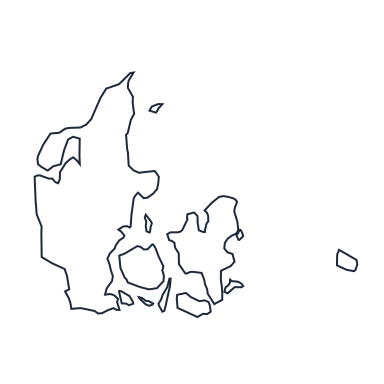 the border of Denmark, rotated 354°
{"feature_id": "DNK", "entity_name": "Denmark", "entity_type": "country or territory", "adm_level": 0, "iso_a3": "DNK", "parent_name": "Europe", "parent_adm1": "", "projection": "mercator", "projection_center": [10.731, 56.183], "detail": "fine", "context": "isolated", "style": "outline", "palette": "slate", "viewbox_px": 384, "rotation_deg": 354, "n_neighbors": 0, "source": "natural_earth", "source_scale": "50m", "svg_char_len": 3676}
<svg xmlns="http://www.w3.org/2000/svg" viewBox="0 0 384 384"><g transform="rotate(354 192 192)"><path d="M107.6,301.7L106.9,301.7L104.0,301.0L102.0,299.3L96.8,300.5L89.8,303.1L85.9,303.0L82.8,300.2L70.2,296.1L68.1,295.8L59.8,295.6L59.4,289.2L58.3,284.5L55.4,277.6L59.7,275.9L58.9,262.4L57.3,255.3L45.2,248.1L35.7,241.0L37.9,217.1L38.8,210.6L35.2,198.0L35.6,183.4L37.1,160.3L40.2,159.4L42.4,159.5L50.9,163.7L54.5,164.1L57.0,167.8L59.8,169.3L61.9,165.4L62.7,158.6L69.5,149.9L74.3,146.6L77.5,145.1L80.8,148.6L83.3,152.6L83.9,143.9L85.9,127.2L79.4,124.6L74.2,126.9L69.0,137.4L64.3,150.7L56.8,151.9L50.7,155.6L45.3,151.7L41.8,148.3L41.7,143.3L42.5,140.3L48.9,129.5L57.4,119.1L66.1,119.2L72.4,115.8L76.1,115.4L87.9,116.2L93.9,113.9L99.3,109.1L110.9,88.7L117.5,80.2L130.8,77.1L143.0,67.3L146.4,67.1L140.7,74.5L139.8,77.4L139.1,81.7L143.2,91.2L142.3,96.9L142.6,108.2L138.7,114.0L134.3,126.5L132.4,128.3L132.0,142.7L132.4,146.1L131.8,159.2L136.3,164.5L141.1,167.3L157.0,167.2L158.6,169.5L160.6,173.5L159.2,180.4L157.5,185.5L152.9,189.8L146.9,193.0L143.3,193.1L138.3,187.0L135.9,189.0L133.4,192.1L129.3,208.8L127.4,219.9L126.3,220.8L124.0,219.2L120.0,219.1L114.9,221.7L117.5,224.1L120.2,228.2L119.1,230.2L114.7,232.5L110.7,236.9L109.1,240.3L104.1,244.3L100.9,249.4L102.5,255.7L103.1,261.2L104.5,267.3L103.2,272.1L97.1,279.0L94.8,285.0L100.1,284.9L103.3,286.3L105.3,288.1L107.2,290.6L106.0,293.7L107.6,301.7ZM234.0,226.3L234.1,234.3L232.9,236.6L231.2,238.1L226.8,239.7L222.9,241.9L219.4,245.9L218.2,251.5L220.9,255.6L225.8,257.9L227.0,265.7L223.0,269.6L212.6,273.4L211.5,282.6L211.8,289.9L211.6,295.2L210.8,302.4L202.4,305.8L197.0,294.7L196.9,290.2L195.3,285.0L195.0,280.6L193.1,273.5L185.1,271.6L182.1,271.3L177.7,272.6L176.7,272.1L171.5,262.4L172.4,251.6L169.6,246.1L169.2,243.7L169.3,240.9L167.0,238.7L164.3,237.5L162.9,231.4L166.1,229.9L173.9,230.6L176.2,230.2L178.3,228.9L184.6,218.8L184.4,216.6L185.1,213.7L191.9,212.6L195.0,216.5L194.4,222.8L194.8,230.8L198.9,232.9L200.5,233.2L202.2,227.4L203.4,224.5L205.1,222.9L205.6,217.5L204.7,214.2L202.6,211.7L210.3,205.0L218.4,199.7L223.0,199.4L227.7,200.7L232.1,202.5L234.4,204.1L235.8,206.5L232.8,212.5L232.0,215.7L234.0,226.3ZM148.0,240.2L149.9,244.3L152.2,253.1L155.8,262.9L154.3,267.0L155.3,272.2L154.3,277.7L147.1,284.0L139.0,284.3L130.6,281.2L118.7,275.3L117.7,272.0L116.1,270.2L112.9,260.1L113.0,247.7L118.9,246.1L132.0,240.1L135.0,241.1L138.1,244.1L141.8,244.3L147.0,240.0L148.0,240.2ZM180.0,296.5L187.9,301.3L193.3,301.1L196.9,303.1L197.8,306.1L198.1,313.0L194.3,315.0L190.1,314.3L184.3,316.9L165.5,305.7L165.7,296.4L166.5,292.7L175.4,291.8L180.0,296.5ZM346.6,286.4L344.9,287.7L337.5,285.5L328.5,280.1L329.8,269.5L332.2,264.9L348.6,276.8L348.8,281.3L346.6,286.4ZM152.0,307.4L150.0,307.9L147.3,301.6L147.0,299.6L150.1,295.6L152.2,291.0L157.5,284.0L160.5,275.8L161.7,275.9L160.3,283.2L153.4,303.7L152.0,307.4ZM121.9,296.9L117.3,298.0L114.9,296.1L110.5,295.4L109.0,283.4L109.4,282.7L111.6,283.5L119.1,289.1L121.8,295.3L121.9,296.9ZM233.1,290.8L231.4,291.9L224.5,291.1L216.8,296.5L213.9,294.7L215.0,291.3L215.8,290.0L218.4,288.6L220.1,286.4L220.8,283.1L222.4,284.9L227.2,285.7L229.6,286.7L231.5,288.3L233.1,290.8ZM146.3,226.5L145.6,227.9L142.7,226.4L142.4,221.3L143.5,216.6L142.3,212.5L143.6,209.8L147.6,216.0L148.8,218.9L147.2,222.4L146.3,226.5ZM166.2,107.4L164.4,109.3L158.2,106.6L161.0,102.8L167.7,101.0L171.7,101.6L167.3,105.4L166.2,107.4ZM140.8,299.9L137.8,300.7L134.4,299.1L128.8,292.7L128.1,291.0L131.1,292.1L134.7,295.4L137.7,296.1L141.7,298.9L140.8,299.9ZM238.3,241.3L234.1,244.6L233.2,244.4L231.8,239.8L234.0,237.0L235.3,234.6L236.3,234.7L237.5,237.3L238.3,241.3Z" fill="none" stroke="#1e293b" stroke-width="2"/></g></svg>